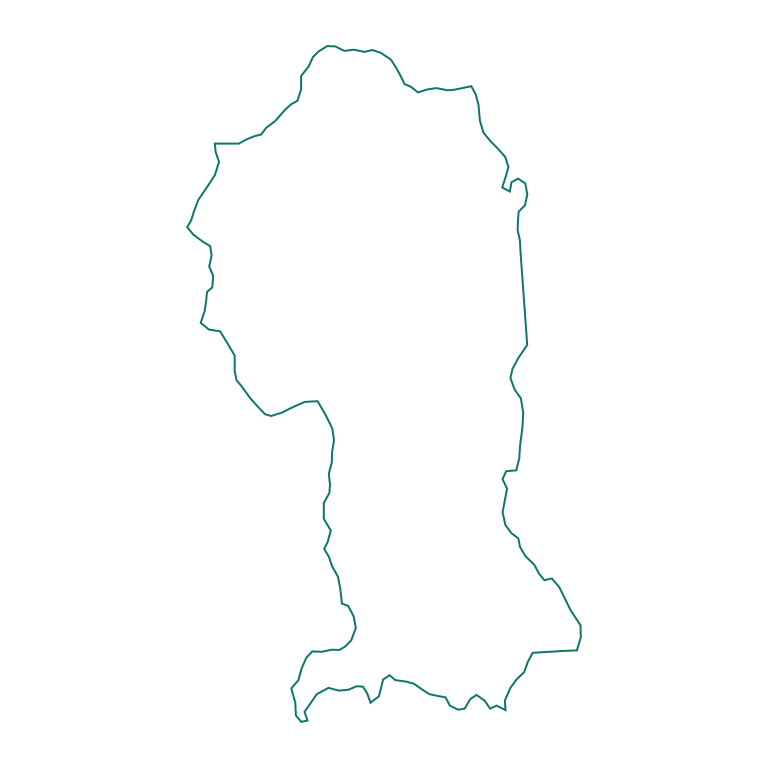 the district of Santa Cruz das Palmeiras, São Paulo, Brazil
{"feature_id": "56859067B4316799749613", "entity_name": "Santa Cruz das Palmeiras", "entity_type": "district", "adm_level": 2, "iso_a3": "BRA", "parent_name": "Brazil", "parent_adm1": "São Paulo", "projection": "equal_earth", "projection_center": [-47.253, -21.862], "detail": "fine", "context": "isolated", "style": "outline", "palette": "teal", "viewbox_px": 768, "rotation_deg": 0, "n_neighbors": 0, "source": "geoboundaries", "source_scale": "gbopen_adm2", "svg_char_len": 2466}
<svg xmlns="http://www.w3.org/2000/svg" viewBox="0 0 768 768"><path d="M504.9,700.4L510.4,687.9L516.7,679.3L524.2,672.1L527.8,661.9L532.7,652.8L564.4,650.9L576.9,650.4L580.8,637.3L580.5,625.3L575.1,617.0L570.6,610.3L564.6,597.9L559.1,586.9L551.8,578.5L544.4,580.2L539.0,573.7L534.4,564.9L525.3,556.0L520.0,546.9L518.3,538.4L511.3,533.1L505.4,525.0L502.6,512.3L504.9,499.9L507.1,488.6L502.5,479.1L506.2,471.2L516.3,470.3L519.3,458.1L520.0,446.1L521.6,433.7L522.6,425.4L523.2,412.5L520.9,398.4L514.7,389.7L510.4,378.1L512.5,368.9L518.2,358.2L527.2,344.9L520.6,253.2L519.9,240.3L517.6,229.9L518.0,220.0L518.7,211.6L524.9,205.4L527.3,194.6L525.3,183.4L518.0,178.6L511.5,182.2L509.8,191.5L502.2,187.5L506.2,175.1L508.4,167.0L505.2,156.9L496.6,147.3L490.7,141.4L483.4,132.6L479.9,120.8L478.5,104.9L475.8,94.6L471.3,86.2L460.8,88.4L453.8,89.8L447.6,90.3L436.7,88.1L427.9,89.3L418.0,92.4L410.8,86.7L404.5,84.1L400.5,75.7L396.6,68.6L391.0,59.7L380.8,52.8L372.2,50.0L364.6,51.9L353.8,49.7L344.5,50.9L335.2,46.4L327.2,46.1L318.6,51.4L312.9,57.1L308.7,66.4L301.1,76.0L301.1,89.4L297.4,100.8L290.9,104.4L285.3,109.6L275.1,121.1L266.2,127.8L261.2,134.5L254.7,136.1L246.7,139.3L238.9,143.6L223.8,143.6L214.8,143.6L215.6,151.7L219.0,161.9L214.9,175.0L208.9,184.3L198.4,199.7L194.0,211.3L191.1,220.6L187.2,227.1L193.4,234.7L202.4,241.4L210.2,246.2L211.6,255.5L209.2,266.5L213.2,275.8L212.3,287.3L207.0,292.0L206.2,300.6L204.7,310.7L200.7,322.9L208.9,329.5L220.2,331.4L227.4,343.2L234.7,355.6L234.7,371.1L236.6,380.4L241.5,386.1L245.7,391.9L250.4,398.4L258.3,407.2L265.2,414.3L271.1,416.0L282.3,412.5L289.2,408.9L296.5,405.5L304.7,401.9L317.6,401.2L325.8,415.3L332.3,428.5L334.0,440.1L332.1,452.3L331.8,462.4L328.8,473.9L330.0,484.6L329.4,492.9L323.8,503.0L323.8,518.8L330.8,530.5L327.7,541.9L324.2,548.9L328.9,556.8L332.1,566.3L338.0,576.8L340.3,588.7L341.9,603.6L348.2,605.9L353.7,616.5L355.8,628.0L351.2,640.4L345.1,646.6L339.2,650.0L331.7,649.7L321.8,651.8L312.3,651.4L306.4,657.6L301.4,669.0L298.5,680.0L291.3,688.4L295.3,702.7L295.9,715.4L301.2,721.9L307.5,720.5L304.5,711.8L309.6,704.7L316.7,694.2L328.5,687.9L339.0,690.6L348.2,689.8L356.8,686.2L363.0,686.7L367.2,693.4L370.5,702.7L378.9,696.3L383.1,679.6L389.6,675.2L395.3,680.1L406.7,681.7L414.2,683.9L421.8,689.3L429.5,694.2L437.9,696.0L445.5,697.3L449.9,705.6L458.1,709.7L464.6,708.7L470.3,699.1L476.5,694.9L484.7,700.8L490.2,708.7L496.5,705.6L505.5,710.1L504.9,700.4Z" fill="none" stroke="#0f766e" stroke-width="2"/></svg>